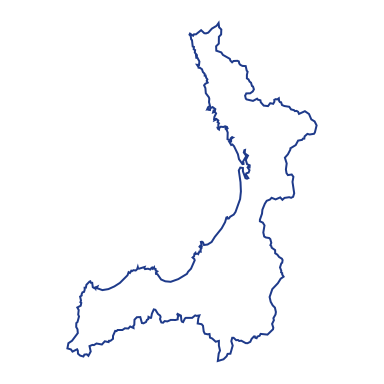 Nuquí, Chocó, Colombia (Mercator projection)
{"feature_id": "7082276B77502299141728", "entity_name": "Nuquí", "entity_type": "district", "adm_level": 2, "iso_a3": "COL", "parent_name": "Colombia", "parent_adm1": "Chocó", "projection": "mercator", "projection_center": [-77.319, 5.746], "detail": "fine", "context": "isolated", "style": "outline", "palette": "blue", "viewbox_px": 384, "rotation_deg": 0, "n_neighbors": 0, "source": "geoboundaries", "source_scale": "gbopen_adm2", "svg_char_len": 5988}
<svg xmlns="http://www.w3.org/2000/svg" viewBox="0 0 384 384"><path d="M230.4,353.7L232.7,345.6L231.3,341.2L232.2,337.8L233.6,337.8L236.2,340.2L238.0,340.0L239.2,341.0L241.3,340.7L245.7,343.1L247.5,343.2L250.3,341.8L251.6,338.9L254.0,336.4L254.8,336.4L255.3,337.8L256.6,338.2L257.4,336.6L259.6,335.8L260.6,333.9L267.5,334.6L273.0,329.3L273.3,327.7L272.1,323.9L273.9,320.2L273.4,318.2L275.5,314.5L275.9,312.0L274.9,307.6L272.7,305.4L270.7,301.8L269.6,297.0L272.3,289.1L277.9,283.2L280.7,278.7L283.6,276.7L282.2,274.5L282.2,273.1L281.1,272.3L281.3,270.8L280.0,267.4L281.3,263.4L282.2,262.7L282.6,260.1L281.9,258.7L279.1,257.0L277.3,254.6L275.2,253.3L275.1,250.1L271.7,247.7L271.3,246.1L270.4,245.2L271.3,242.9L270.3,239.1L269.1,238.0L265.9,237.5L264.2,236.5L263.3,232.5L264.5,225.4L262.8,222.6L259.9,221.3L259.9,219.7L262.0,213.7L262.4,209.7L264.8,203.8L266.7,200.8L269.9,199.6L271.6,197.8L275.6,199.4L280.2,197.4L282.4,199.8L284.5,197.9L289.2,197.2L291.1,197.8L293.1,196.8L294.2,193.3L292.5,181.9L293.4,176.8L291.7,174.5L287.9,175.1L286.5,173.1L285.9,169.4L286.7,163.5L284.9,157.7L287.9,154.3L290.3,149.7L290.4,148.3L295.7,145.1L298.1,140.6L302.0,139.9L303.0,138.6L304.3,138.6L304.6,136.4L307.4,133.9L309.7,134.5L314.0,133.8L314.9,132.4L316.6,125.4L314.6,121.4L311.3,119.4L309.0,114.0L304.9,111.2L299.0,113.9L298.1,111.8L296.6,110.9L294.9,111.1L293.9,110.1L291.0,109.4L289.3,106.8L284.3,106.0L282.0,105.0L281.1,102.3L279.9,102.1L279.1,100.9L278.8,98.3L277.1,99.5L275.9,99.1L274.3,99.8L274.4,101.7L273.2,103.8L270.2,103.2L268.0,106.1L263.7,105.6L260.8,102.3L260.4,100.3L257.9,99.7L257.1,98.7L253.0,100.9L246.6,99.4L245.8,98.6L245.1,95.7L246.3,93.4L250.2,93.3L252.8,91.4L253.9,89.3L253.0,86.5L252.0,86.0L251.0,82.7L249.6,81.6L248.5,79.4L246.9,78.4L246.9,74.9L247.6,71.7L246.7,70.6L245.7,66.1L242.4,65.9L240.4,64.9L239.3,63.6L238.8,61.4L237.4,60.8L233.5,61.0L232.1,62.3L230.4,60.6L229.8,58.8L222.9,54.9L221.3,52.4L216.3,50.7L216.1,46.3L218.8,43.6L218.9,36.8L221.1,34.5L221.3,29.5L219.1,27.3L218.6,23.0L216.6,25.8L211.9,28.6L208.3,32.6L206.0,33.4L204.3,33.2L201.1,30.2L196.0,34.3L194.0,34.3L193.1,35.7L190.0,33.6L189.5,34.7L190.7,36.0L191.2,39.4L192.0,40.2L192.7,46.5L193.9,46.9L193.7,49.3L195.1,50.1L194.8,52.5L196.9,55.1L196.9,56.7L196.1,56.1L196.3,57.8L197.5,57.9L199.4,61.5L199.0,65.0L197.0,64.8L198.6,67.2L198.5,68.5L198.9,67.7L199.7,67.6L202.0,69.3L202.9,72.0L204.6,73.7L204.7,75.6L205.6,75.5L206.2,77.8L207.4,79.4L206.7,80.9L207.7,82.6L205.4,83.7L204.1,85.3L205.4,88.1L205.8,93.2L208.8,97.2L209.3,98.8L209.0,102.1L210.0,105.9L208.1,107.2L207.3,109.1L208.0,108.8L208.8,109.2L208.6,109.8L210.0,110.0L210.5,107.3L211.7,107.7L212.6,107.1L215.3,109.1L214.9,110.8L213.6,110.5L213.1,112.4L214.9,111.8L216.1,113.5L214.4,116.8L214.1,119.1L215.3,119.0L214.7,120.2L216.8,119.3L218.3,120.5L217.6,122.2L219.0,123.3L218.3,124.5L218.4,127.8L217.6,127.8L217.9,128.7L219.0,129.5L219.3,127.9L220.8,126.7L223.3,127.0L225.1,126.3L226.9,126.9L227.9,129.2L226.6,127.7L225.5,127.5L225.6,128.9L226.7,130.0L227.7,132.5L227.5,139.2L230.2,140.6L230.7,138.3L232.2,137.0L232.7,136.9L232.1,137.4L232.9,137.6L231.1,138.9L231.1,141.5L229.3,141.8L231.2,145.0L232.4,144.5L234.0,146.2L237.9,154.2L239.0,159.2L242.5,164.1L243.5,164.0L243.5,163.2L242.3,163.2L242.4,162.7L246.3,156.0L243.8,152.5L244.4,150.2L245.0,150.0L244.7,152.3L245.1,153.6L248.0,155.6L245.8,159.9L247.1,164.2L249.7,165.3L249.6,166.9L248.6,166.2L247.6,167.4L249.5,170.1L248.6,172.6L246.4,173.3L245.8,174.5L248.3,178.1L247.0,178.7L245.5,178.2L242.9,171.3L242.9,168.0L240.3,167.6L238.8,170.4L240.5,182.2L240.9,191.5L240.1,199.1L235.5,212.0L233.7,214.6L230.2,216.7L228.8,218.5L227.6,218.5L227.2,217.2L226.4,217.5L225.1,222.1L221.7,228.3L214.8,236.9L211.6,242.0L207.6,244.5L204.0,245.0L203.0,242.4L201.9,241.7L200.9,241.9L201.8,246.7L201.1,246.9L200.7,246.2L200.4,246.9L199.9,246.2L199.5,246.7L201.3,248.5L200.6,249.5L200.7,251.7L199.4,251.5L198.2,254.1L197.5,253.6L195.4,254.0L195.3,253.0L194.4,253.9L194.1,256.2L192.6,257.5L194.3,259.0L194.7,260.3L191.0,268.7L188.1,271.7L186.9,273.9L178.3,279.1L170.7,281.8L165.3,281.3L161.1,279.5L157.4,274.2L156.0,273.9L155.9,272.8L157.3,271.4L155.7,270.6L155.6,269.0L154.3,268.7L154.1,267.3L153.2,268.3L152.6,267.8L152.4,268.7L151.4,268.0L150.3,269.5L148.0,268.7L145.0,269.1L144.2,268.0L144.6,267.0L139.0,268.7L138.2,268.6L137.8,267.1L137.2,269.1L135.7,270.5L133.5,270.2L132.0,271.1L131.3,270.7L129.9,273.0L128.6,272.2L127.5,275.3L119.9,282.9L114.4,286.4L108.4,289.1L102.4,290.1L96.8,288.1L97.4,286.6L95.6,287.5L95.5,288.4L95.0,287.6L94.4,288.2L92.8,287.2L92.2,282.8L90.8,282.7L90.3,281.3L89.5,281.6L86.4,284.8L85.9,287.6L84.6,287.7L84.7,289.8L84.0,291.9L82.5,292.3L81.6,294.2L81.7,295.5L80.1,296.6L81.0,300.6L80.4,302.2L81.3,302.9L80.7,305.7L77.3,307.5L78.7,310.0L78.2,314.5L79.0,316.5L77.5,322.0L76.3,323.1L76.2,327.0L77.5,329.3L77.8,333.1L72.0,340.8L68.4,343.2L67.4,348.4L70.9,349.4L72.5,351.6L77.1,349.3L77.8,350.6L78.0,353.7L80.2,355.6L83.4,356.5L84.4,354.6L86.8,354.3L88.4,355.8L90.7,351.5L89.5,346.1L92.4,344.9L93.9,345.1L96.5,343.5L101.9,344.5L104.8,341.3L108.6,342.1L109.0,340.8L110.5,340.8L113.0,338.8L113.0,335.9L115.2,330.9L116.5,331.1L117.6,330.0L122.4,330.0L124.9,328.3L128.3,328.5L130.2,326.5L133.5,328.0L133.3,326.1L134.3,324.8L134.5,319.7L136.9,317.2L140.3,317.1L141.9,323.0L143.5,323.3L146.0,322.0L146.9,319.9L148.2,319.2L148.5,316.9L150.3,317.9L151.1,317.8L151.9,313.7L153.8,309.4L155.4,309.8L158.0,314.0L160.1,315.6L160.6,317.0L160.0,319.0L161.3,322.4L162.0,322.6L163.1,322.7L164.6,321.1L167.4,321.4L170.8,319.9L175.5,320.0L177.7,319.4L177.8,317.1L178.5,316.3L177.3,314.5L177.6,313.9L180.9,315.6L181.4,320.5L182.0,321.7L183.1,322.1L184.9,318.5L185.8,317.9L192.1,317.9L195.2,315.4L196.6,315.9L199.4,315.4L198.3,318.3L197.7,323.5L201.6,324.2L203.0,325.8L203.7,331.4L204.8,333.7L207.7,334.3L209.5,334.0L210.0,337.6L212.2,338.5L215.7,341.7L218.9,340.9L218.9,345.7L220.0,350.6L218.7,353.6L217.8,361.0L223.5,359.3L226.6,356.3L227.6,353.9L230.4,353.7Z" fill="none" stroke="#1e3a8a" stroke-width="2"/></svg>